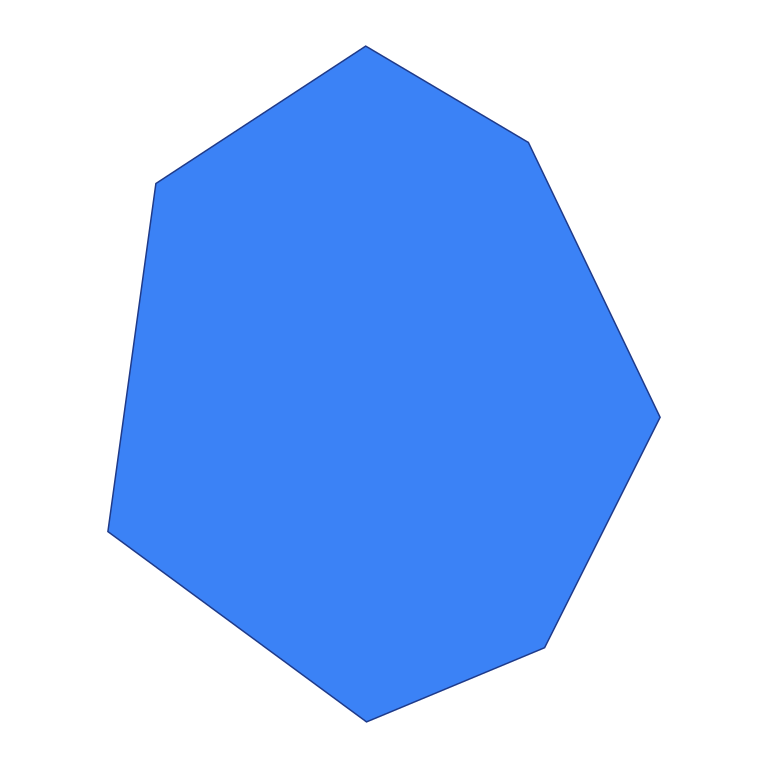 Saba, orthographic projection
{"feature_id": "NLD-5147", "entity_name": "Saba", "entity_type": "Special Municipality", "adm_level": 1, "iso_a3": "NLD", "parent_name": "Netherlands", "parent_adm1": "", "projection": "orthographic", "projection_center": [-63.237, 17.631], "detail": "fine", "context": "isolated", "style": "filled", "palette": "blue", "viewbox_px": 768, "rotation_deg": 0, "n_neighbors": 0, "source": "natural_earth", "source_scale": "10m", "svg_char_len": 226}
<svg xmlns="http://www.w3.org/2000/svg" viewBox="0 0 768 768"><path d="M365.7,46.1L528.4,142.5L660.1,417.3L544.6,647.7L366.5,721.9L107.9,531.6L155.9,183.5L365.7,46.1Z" fill="#3b82f6" stroke="#1e3a8a" stroke-width="1.5"/></svg>